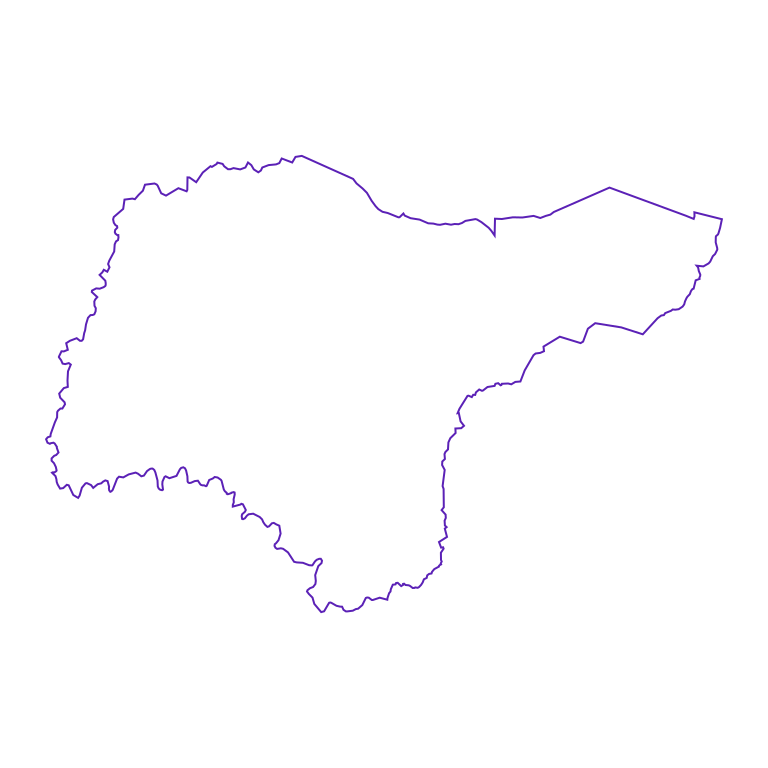 outline of Otzoloapan, México, Mexico
{"feature_id": "50627088B59132907340697", "entity_name": "Otzoloapan", "entity_type": "district", "adm_level": 2, "iso_a3": "MEX", "parent_name": "Mexico", "parent_adm1": "México", "projection": "natural_earth1", "projection_center": [-100.312, 19.099], "detail": "fine", "context": "isolated", "style": "outline", "palette": "violet", "viewbox_px": 768, "rotation_deg": 0, "n_neighbors": 0, "source": "geoboundaries", "source_scale": "gbopen_adm2", "svg_char_len": 6039}
<svg xmlns="http://www.w3.org/2000/svg" viewBox="0 0 768 768"><path d="M694.4,212.3L694.5,216.3L693.7,218.9L685.8,215.7L609.5,187.6L553.8,212.0L550.4,214.6L545.8,215.9L540.3,218.0L533.6,215.9L522.4,217.5L512.9,217.3L501.9,219.0L495.0,218.7L494.6,235.5L491.4,230.9L488.7,227.8L481.4,222.1L477.0,219.5L475.4,219.1L465.4,220.9L462.0,223.0L458.5,224.2L454.6,224.0L451.0,224.7L445.4,223.7L440.1,224.8L437.4,224.6L433.4,223.6L428.2,223.3L419.6,219.6L410.6,218.2L404.7,215.6L403.4,213.5L399.6,217.2L398.4,217.3L387.7,213.0L382.5,211.8L378.3,209.1L375.6,206.2L371.7,200.9L366.9,192.8L362.6,188.5L356.5,183.4L353.1,178.9L301.8,155.9L295.5,156.9L292.2,162.5L281.7,158.5L279.3,163.1L276.0,164.4L268.6,165.1L262.3,167.5L260.9,170.5L258.3,172.3L253.8,169.4L251.3,165.1L248.0,162.5L245.4,167.5L240.2,169.4L233.5,168.1L230.4,169.2L228.0,169.2L224.2,166.3L222.6,163.9L217.4,162.6L216.6,164.0L211.9,166.9L210.5,166.2L202.8,172.5L196.2,182.2L189.5,177.5L187.5,177.4L187.3,189.9L186.6,191.3L178.4,188.2L166.0,195.6L161.2,193.3L157.7,185.7L156.7,184.5L154.5,183.5L145.0,184.7L142.9,190.7L138.6,194.9L134.9,199.2L132.4,198.6L124.5,199.6L123.2,208.9L113.8,217.0L113.1,219.3L113.8,222.7L115.4,225.1L117.1,226.1L117.3,227.7L115.2,229.9L114.8,232.1L115.4,233.6L117.4,235.2L118.3,235.1L118.5,237.4L118.0,240.1L116.0,241.4L114.7,244.3L114.2,251.5L109.3,260.6L108.1,264.0L109.5,267.3L107.3,271.7L103.8,269.8L102.3,272.4L99.6,274.9L105.3,280.7L105.7,283.0L105.7,285.0L105.3,286.0L103.6,287.2L99.7,288.7L96.2,288.4L92.0,290.6L91.8,292.0L97.3,297.1L95.2,299.5L94.3,301.5L94.5,305.8L95.8,308.2L95.6,311.3L94.3,314.3L92.7,315.0L90.5,315.1L88.0,317.8L86.0,324.4L85.1,330.4L84.2,333.1L83.1,339.3L81.7,340.8L80.0,340.8L76.7,338.2L69.9,340.8L66.2,343.2L67.8,349.8L63.9,351.4L61.5,351.3L58.9,356.7L58.9,357.2L61.1,360.2L62.6,363.6L65.2,364.1L68.8,363.1L70.8,364.6L68.0,371.3L67.5,380.6L67.8,386.9L63.8,388.1L59.2,393.6L60.2,397.7L64.6,402.3L65.0,404.3L62.4,408.5L60.5,408.5L58.0,410.7L57.2,412.1L57.1,417.4L54.9,422.3L50.7,434.0L50.4,436.4L47.7,437.3L46.1,439.2L47.5,442.7L49.9,443.8L50.8,443.2L53.5,442.7L54.7,443.5L56.9,446.9L56.8,447.8L58.5,452.5L56.2,455.0L54.2,455.8L51.6,458.4L51.6,460.7L54.0,463.2L55.8,466.9L56.6,470.4L56.3,471.1L54.6,472.3L52.7,472.3L52.0,472.7L55.5,476.1L56.4,479.2L56.7,481.9L57.6,484.4L60.1,488.6L63.2,488.1L66.8,484.8L68.7,485.3L73.3,495.0L78.1,497.9L79.6,495.6L81.9,487.7L85.5,483.4L86.9,483.1L91.1,485.1L93.2,487.9L97.7,484.2L101.3,483.3L103.0,481.7L105.3,480.4L107.6,481.1L109.1,486.7L108.9,488.3L109.2,490.4L110.3,491.8L111.4,491.3L112.7,489.9L117.1,478.6L119.0,476.7L123.3,477.4L128.7,474.4L135.6,472.6L138.0,473.7L141.3,476.3L143.9,475.6L147.0,471.1L149.9,469.0L151.1,468.6L152.6,468.6L153.4,469.2L154.3,470.0L155.4,472.5L157.5,480.4L157.8,486.5L158.7,488.5L160.1,489.7L162.1,490.2L163.0,489.6L162.3,484.3L162.5,481.5L164.5,477.0L165.6,476.3L169.4,478.2L176.5,475.9L179.9,469.3L181.2,467.9L183.3,467.3L185.0,468.3L186.1,470.5L187.4,476.3L187.6,481.5L188.1,482.4L189.2,483.0L190.9,482.8L194.7,481.1L197.9,480.7L200.3,484.3L201.2,485.0L202.8,485.4L204.0,485.3L206.0,486.2L206.7,485.8L209.2,480.0L212.8,478.5L214.7,477.0L217.6,477.5L220.9,479.8L221.6,480.9L223.8,489.5L224.9,491.3L226.7,492.8L226.7,493.7L227.3,494.2L228.4,494.1L231.2,493.1L231.4,492.7L233.7,492.1L234.6,492.5L234.7,494.5L233.6,499.3L233.8,502.3L232.8,505.0L232.8,506.6L240.6,504.5L241.3,503.8L242.9,504.3L245.8,510.0L245.0,511.7L242.1,514.3L241.7,516.1L242.1,518.9L243.0,519.2L244.9,518.3L246.9,515.7L248.6,514.3L253.2,513.7L259.7,517.0L262.1,519.4L263.3,522.2L265.0,524.7L267.4,526.9L269.1,526.3L271.9,523.3L273.8,522.9L276.3,524.4L279.3,525.7L280.6,533.6L278.5,540.2L276.0,543.3L274.8,544.2L274.5,545.9L275.5,547.8L277.1,548.9L280.9,548.3L283.1,548.8L288.0,552.4L294.1,561.8L296.7,562.4L302.9,562.8L309.1,565.2L311.6,565.4L312.4,565.3L315.0,561.4L316.7,559.8L319.2,558.8L320.8,558.8L322.0,560.7L321.5,563.1L318.3,566.1L315.2,575.1L315.8,580.9L315.4,584.0L313.1,587.0L310.0,588.2L307.5,590.2L307.0,591.5L308.9,594.0L312.5,597.6L314.3,603.9L321.2,612.1L324.1,611.3L329.1,602.8L330.2,602.5L331.3,602.8L336.5,605.8L340.0,606.6L342.1,606.7L343.5,609.8L345.9,611.4L347.3,611.4L352.8,610.7L355.8,609.1L358.1,608.7L362.3,605.1L365.8,598.0L367.1,597.5L368.8,597.7L371.8,600.0L372.8,600.0L379.7,597.7L387.3,599.7L387.5,598.0L389.1,593.2L390.5,591.5L390.8,589.3L392.8,584.7L395.5,584.4L396.1,583.0L397.7,582.8L401.2,586.1L403.1,584.9L403.1,583.9L404.1,583.7L405.5,585.0L408.7,585.3L410.0,585.9L412.7,588.0L414.6,587.9L415.2,587.4L417.7,587.8L419.0,587.1L421.1,584.9L422.7,582.4L423.9,579.3L426.7,577.9L427.2,575.4L429.1,573.9L431.5,573.5L432.1,571.7L434.3,569.1L438.9,566.6L438.9,566.0L439.7,565.1L441.1,564.4L440.7,563.5L441.7,561.5L441.0,559.9L440.9,552.7L443.6,548.7L443.1,547.3L441.1,547.6L439.0,542.0L447.0,536.9L444.8,528.6L446.6,527.1L444.9,525.5L444.6,520.7L445.8,517.9L445.6,514.6L441.6,510.1L443.8,507.3L443.6,488.9L442.6,486.1L444.7,469.9L442.1,465.0L442.3,461.5L444.9,459.0L444.5,454.1L445.4,452.0L448.0,449.4L448.4,442.4L450.3,438.2L455.6,433.0L455.4,428.5L461.2,428.2L464.0,425.8L460.6,421.4L458.8,413.0L457.6,413.2L459.5,408.7L467.5,395.9L468.6,395.7L471.8,397.1L473.2,394.8L475.2,394.9L475.9,392.4L479.2,389.5L482.0,390.8L483.0,390.5L487.5,387.0L494.6,385.9L495.4,383.8L498.2,383.2L500.6,385.3L501.4,385.0L501.9,383.8L508.1,383.5L511.3,384.3L515.3,381.9L520.4,381.5L524.7,370.4L533.5,355.2L535.6,353.5L540.2,352.9L544.0,351.2L543.5,346.6L559.8,336.7L580.6,343.1L583.1,341.6L587.9,328.7L595.2,323.2L621.3,327.4L642.8,334.3L657.6,318.2L661.3,315.5L663.9,315.1L665.2,313.1L671.0,310.8L672.7,309.5L675.3,309.7L678.7,309.2L682.6,306.6L684.2,304.4L685.0,301.4L686.4,298.3L687.4,296.7L689.8,294.2L690.9,291.2L691.7,290.0L692.5,289.0L693.6,288.7L695.7,280.3L699.6,278.9L699.4,277.8L700.2,275.9L700.3,274.6L698.8,271.0L698.1,267.4L696.7,265.7L703.4,266.4L708.6,263.4L710.2,261.6L712.8,256.2L715.1,254.0L717.3,249.6L717.2,248.0L715.7,242.4L715.8,237.0L716.0,236.2L718.0,234.4L718.5,233.2L720.1,227.8L721.9,219.2L694.4,212.3Z" fill="none" stroke="#5b21b6" stroke-width="2"/></svg>